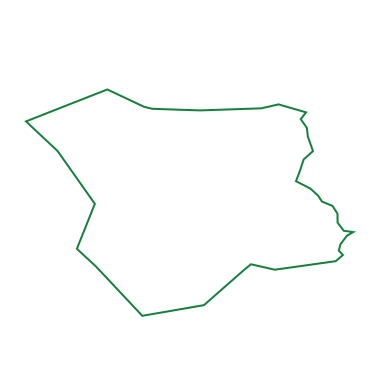 Encanto, Rio Grande do Norte, Brazil (Natural Earth projection), rotated 81°
{"feature_id": "56859067B83972038647680", "entity_name": "Encanto", "entity_type": "district", "adm_level": 2, "iso_a3": "BRA", "parent_name": "Brazil", "parent_adm1": "Rio Grande do Norte", "projection": "natural_earth1", "projection_center": [-38.305, -6.133], "detail": "fine", "context": "isolated", "style": "outline", "palette": "green", "viewbox_px": 384, "rotation_deg": 81, "n_neighbors": 0, "source": "geoboundaries", "source_scale": "gbopen_adm2", "svg_char_len": 607}
<svg xmlns="http://www.w3.org/2000/svg" viewBox="0 0 384 384"><g transform="rotate(81 192 192)"><path d="M131.2,66.9L119.0,92.8L120.2,110.5L112.7,171.2L103.6,218.3L100.3,226.1L77.5,259.6L81.8,279.3L96.3,344.9L130.6,318.3L188.5,289.8L230.1,314.6L250.4,298.6L306.5,260.5L305.6,197.9L277.6,153.6L272.6,145.1L281.7,122.4L282.8,60.9L277.8,52.8L272.8,56.2L266.8,53.5L259.4,45.8L256.8,39.1L254.0,48.2L245.0,53.0L236.1,51.7L227.6,55.5L221.8,65.1L215.2,68.1L207.1,74.6L197.6,87.6L188.2,82.2L177.3,76.6L170.5,66.1L155.4,68.9L146.7,68.5L137.0,73.2L131.2,66.9Z" fill="none" stroke="#15803d" stroke-width="2"/></g></svg>